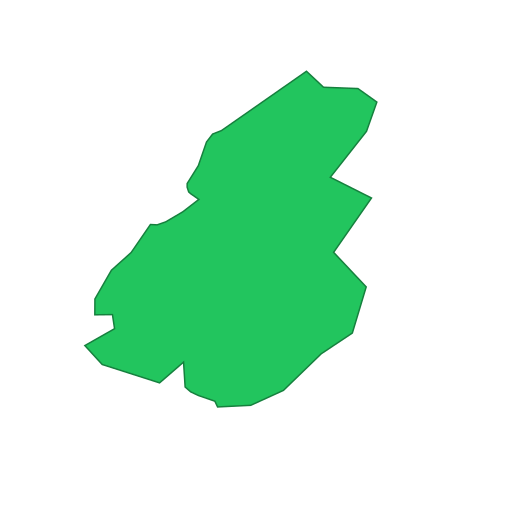 the border of Aglonas, rotated 322°
{"feature_id": "LVA-5748", "entity_name": "Aglonas", "entity_type": "Municipality", "adm_level": 1, "iso_a3": "LVA", "parent_name": "Latvia", "parent_adm1": "", "projection": "robinson", "projection_center": [27.078, 56.097], "detail": "fine", "context": "isolated", "style": "filled", "palette": "green", "viewbox_px": 512, "rotation_deg": 322, "n_neighbors": 0, "source": "natural_earth", "source_scale": "10m", "svg_char_len": 671}
<svg xmlns="http://www.w3.org/2000/svg" viewBox="0 0 512 512"><g transform="rotate(322 256 256)"><path d="M192.2,166.2L197.3,170.6L205.8,173.5L225.5,176.1L245.8,176.2L242.9,166.8L242.4,164.1L244.1,159.4L246.4,156.5L266.2,149.3L287.2,135.7L296.9,133.2L306.0,135.9L409.5,141.5L413.1,164.6L439.4,186.8L446.0,209.1L419.8,225.8L363.0,239.7L382.7,281.4L319.4,300.9L323.8,348.2L284.5,376.0L247.3,373.2L194.9,378.8L159.9,370.4L132.8,351.3L134.2,345.1L124.8,330.6L120.9,322.9L119.5,315.6L133.6,295.0L101.9,296.6L68.0,246.8L66.0,221.2L99.8,226.2L106.8,213.8L92.8,203.1L102.6,190.7L133.3,178.2L159.8,176.4L192.2,166.2Z" fill="#22c55e" stroke="#15803d" stroke-width="1.5"/></g></svg>